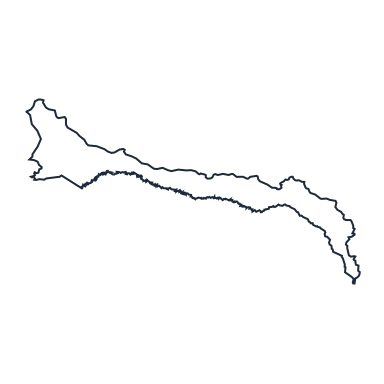 the district of Benjamin Constant, Amazonas, Brazil, rotated 264°
{"feature_id": "56859067B4861181831947", "entity_name": "Benjamin Constant", "entity_type": "district", "adm_level": 2, "iso_a3": "BRA", "parent_name": "Brazil", "parent_adm1": "Amazonas", "projection": "robinson", "projection_center": [-70.409, -5.498], "detail": "fine", "context": "isolated", "style": "outline", "palette": "slate", "viewbox_px": 384, "rotation_deg": 264, "n_neighbors": 0, "source": "geoboundaries", "source_scale": "gbopen_adm2", "svg_char_len": 6062}
<svg xmlns="http://www.w3.org/2000/svg" viewBox="0 0 384 384"><g transform="rotate(264 192 192)"><path d="M179.7,228.5L179.6,229.0L180.4,229.9L179.5,230.8L179.7,231.4L179.0,231.4L179.0,230.9L178.3,231.1L177.3,232.6L177.5,233.7L178.1,233.7L177.7,236.0L175.7,236.8L175.5,238.0L175.0,238.0L174.5,239.2L173.4,238.7L173.8,239.9L172.6,239.8L172.2,240.7L172.7,240.7L172.9,241.6L172.2,243.1L171.7,243.2L171.3,244.6L170.5,244.5L171.1,245.1L170.7,245.7L171.0,247.0L170.6,248.0L169.5,247.5L169.7,248.5L167.8,249.5L168.2,250.3L166.2,250.1L167.4,252.6L165.6,253.8L166.8,257.1L165.8,258.1L164.7,258.3L164.6,259.4L165.3,259.8L165.8,261.6L166.9,262.1L166.7,263.4L167.1,263.7L167.3,266.6L168.9,267.1L168.8,269.8L169.5,271.3L168.5,272.0L168.8,272.7L168.5,273.5L170.5,276.7L169.5,277.9L168.8,280.7L169.8,282.2L169.8,283.6L168.7,284.4L167.7,287.6L166.7,288.1L164.2,292.2L161.3,294.1L160.8,295.3L157.1,296.7L157.0,298.5L155.5,299.9L153.1,304.0L152.5,304.6L150.4,305.0L149.9,306.0L148.4,306.9L148.4,308.7L146.6,309.1L144.7,312.1L144.9,313.0L144.1,313.5L143.3,315.7L142.4,316.1L139.4,319.9L137.8,320.4L136.3,319.5L134.0,319.8L133.3,321.8L130.1,324.3L127.4,323.0L125.4,323.4L124.0,325.1L120.9,325.0L120.2,325.9L117.7,326.2L112.9,334.4L112.0,334.1L110.3,335.1L103.7,336.4L101.7,335.9L101.2,336.8L96.2,335.8L91.0,341.8L88.7,343.7L85.0,342.4L84.2,342.8L84.0,344.1L88.9,345.3L89.7,347.3L91.1,349.1L93.0,350.1L94.8,350.5L96.2,349.1L97.1,349.1L101.4,349.9L102.4,347.6L103.5,347.2L106.6,347.3L107.4,346.0L108.3,345.7L110.8,347.7L111.2,346.8L111.1,343.3L112.6,341.4L120.1,340.5L122.1,340.9L123.6,339.6L125.7,340.2L128.6,343.6L130.6,342.9L130.8,346.1L132.5,349.2L133.5,349.2L134.1,347.2L138.3,349.9L139.4,348.5L141.6,348.9L146.6,347.4L147.5,346.7L148.1,341.9L149.4,340.2L150.4,339.8L153.4,340.6L154.8,339.1L156.6,338.3L159.0,334.8L162.1,333.0L166.2,334.5L168.2,333.8L169.7,328.4L171.4,325.2L171.6,320.1L172.2,318.8L176.6,314.3L178.5,310.0L179.4,309.1L182.9,308.1L183.7,306.0L184.6,305.4L188.4,304.3L190.3,304.8L190.6,302.5L192.5,299.5L192.5,296.8L193.1,295.6L194.8,294.2L196.6,293.8L196.8,292.6L196.1,290.4L194.4,289.5L194.0,288.3L194.6,286.1L193.0,284.4L191.7,281.1L191.0,280.5L189.9,280.9L189.6,281.8L188.8,281.3L186.8,281.4L185.7,279.3L185.7,277.8L186.0,276.8L187.0,276.5L187.4,275.5L187.9,272.0L191.5,267.8L195.5,260.7L197.5,259.3L200.6,258.9L201.3,258.0L201.0,251.5L199.5,249.4L199.5,248.1L201.8,244.4L202.4,237.9L205.6,234.6L205.8,233.2L205.1,230.3L206.8,224.6L206.2,219.4L207.4,217.0L206.9,215.4L204.3,213.6L203.5,211.7L203.7,208.7L205.2,207.2L207.4,207.5L208.0,206.6L209.5,202.5L208.8,201.5L209.3,200.4L212.2,197.7L213.8,193.5L214.1,188.4L215.7,180.7L214.9,173.8L216.2,170.4L219.1,165.3L218.5,159.6L219.1,156.6L224.1,150.8L225.7,145.2L231.2,139.9L233.8,135.7L236.3,130.1L239.2,128.5L241.0,129.5L242.0,128.1L241.8,124.4L239.4,119.0L239.3,116.0L241.1,112.4L243.7,109.5L247.5,102.0L249.2,93.8L251.0,92.2L255.2,90.4L259.4,86.0L262.9,83.5L269.1,75.0L272.2,73.7L278.0,74.3L279.9,73.2L279.4,67.0L280.4,65.6L281.7,64.9L287.4,64.1L289.3,58.1L291.3,55.6L296.3,53.2L298.8,53.9L299.9,50.8L300.0,48.9L298.6,45.3L294.0,43.3L291.0,40.5L289.0,35.1L288.9,36.1L285.5,39.0L276.1,39.8L269.1,44.6L260.5,47.3L253.2,43.2L246.2,37.3L243.9,37.0L241.3,33.7L240.3,38.1L238.3,41.6L234.9,42.7L232.5,45.1L231.2,44.8L230.5,42.5L227.2,41.2L227.0,39.1L228.1,37.6L226.9,37.0L225.1,37.6L224.5,36.6L224.0,33.5L223.3,34.3L223.4,35.9L222.6,36.8L221.6,37.2L220.7,36.4L220.3,38.0L220.7,41.7L219.7,46.3L220.7,48.5L221.0,62.1L222.1,63.9L207.1,82.9L207.7,83.5L208.8,83.0L209.3,84.0L210.6,84.5L208.7,86.3L209.5,87.0L209.8,85.9L211.3,86.8L211.4,87.3L210.4,87.6L210.5,89.4L210.8,89.4L211.1,88.3L212.2,88.7L211.4,90.4L211.4,91.6L212.2,93.5L212.7,93.8L213.0,93.1L214.1,93.5L213.5,94.3L214.5,95.4L213.7,96.3L213.6,97.5L214.0,97.8L214.6,96.4L216.0,96.8L215.9,98.4L217.0,98.0L217.7,99.6L216.9,99.5L217.0,100.5L219.5,101.2L218.5,102.7L219.4,103.6L220.5,103.4L219.3,104.3L219.4,104.8L220.4,104.4L220.5,104.8L220.5,106.4L219.8,106.7L220.2,107.4L218.8,107.4L218.5,107.9L219.8,108.5L220.4,109.8L221.8,109.7L221.9,110.5L219.9,112.0L220.2,113.1L219.9,113.9L219.4,112.4L219.2,113.5L217.9,114.7L217.5,116.6L218.4,117.7L218.1,118.5L218.6,120.4L219.2,120.5L219.3,119.6L219.9,119.4L219.4,121.8L218.4,123.0L219.1,124.7L218.5,126.4L218.9,128.2L217.8,128.7L217.5,128.5L218.0,127.8L216.9,127.8L216.4,129.3L217.3,129.7L217.2,131.5L215.8,132.5L217.1,133.7L216.1,134.1L216.1,135.6L216.5,135.5L216.4,134.6L217.7,135.5L217.6,136.1L215.3,138.9L213.4,139.0L214.4,140.2L214.0,140.8L213.2,139.8L212.7,139.9L212.7,141.9L213.7,142.4L213.7,143.2L212.8,143.7L212.1,142.6L211.1,142.7L211.0,143.3L210.2,143.0L208.9,144.8L208.1,144.8L208.4,145.3L207.9,146.3L209.2,148.2L208.9,148.5L208.1,147.6L206.9,147.5L207.8,149.0L207.2,150.1L205.5,151.0L205.9,152.1L205.5,153.4L205.0,153.1L205.4,151.7L204.9,151.7L204.1,152.3L204.6,153.1L203.4,153.7L203.6,154.9L202.1,155.2L202.0,155.7L203.0,156.3L202.1,156.6L202.8,156.9L203.2,158.3L201.1,158.2L201.6,160.1L199.0,162.0L199.9,163.1L198.7,164.1L198.2,167.7L197.5,167.5L197.0,168.5L197.9,168.7L198.4,170.7L196.8,171.8L196.2,174.8L194.7,174.8L194.5,175.3L195.8,175.8L196.1,176.8L194.2,176.5L194.7,177.1L194.3,178.1L195.0,179.9L193.7,179.6L194.3,180.7L194.0,181.0L192.6,180.7L192.1,180.9L192.7,182.0L191.9,181.5L191.2,182.0L190.6,183.6L192.2,183.0L192.3,183.5L192.2,184.4L191.3,184.1L191.5,185.5L190.4,185.9L191.2,186.2L191.1,187.5L189.9,188.3L189.2,190.7L187.7,190.2L187.7,191.2L185.9,191.9L185.7,192.6L186.8,193.1L185.7,193.1L184.6,194.4L185.2,194.6L185.0,195.7L185.8,197.7L185.1,199.8L185.2,200.8L184.3,200.8L184.2,202.9L184.9,203.3L184.0,205.1L184.7,205.3L185.3,206.6L184.7,207.4L185.3,208.9L184.2,209.9L184.8,211.9L183.7,212.9L184.9,213.8L183.6,213.8L183.7,215.1L183.0,215.8L183.6,217.0L182.7,217.4L183.4,217.8L182.9,218.6L183.5,219.1L183.3,219.4L182.7,219.1L182.6,220.0L180.7,221.7L181.8,223.0L181.3,224.1L181.8,224.6L179.9,227.9L180.5,229.0L179.7,228.5ZM214.0,97.8L214.8,98.5L215.3,98.3L215.4,97.4L214.0,97.8ZM219.8,106.7L219.7,105.5L218.7,105.4L218.8,105.9L219.8,106.7Z" fill="none" stroke="#1e293b" stroke-width="2"/></g></svg>